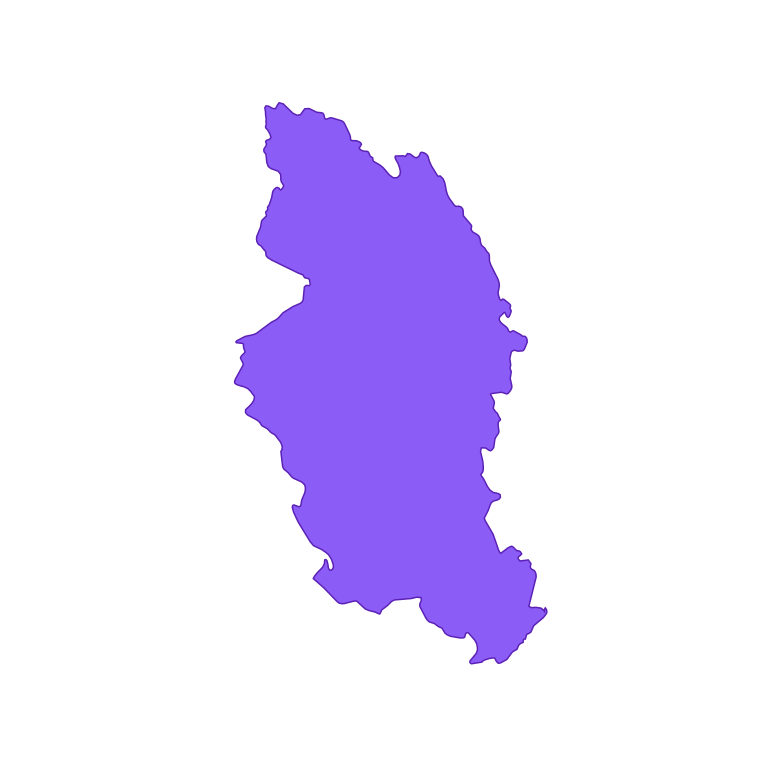 SVG path tracing the border of Kachin, rotated 332°
{"feature_id": "MMR-3296", "entity_name": "Kachin", "entity_type": "State", "adm_level": 1, "iso_a3": "MMR", "parent_name": "Myanmar", "parent_adm1": "", "projection": "robinson", "projection_center": [97.371, 26.091], "detail": "fine", "context": "isolated", "style": "filled", "palette": "violet", "viewbox_px": 768, "rotation_deg": 332, "n_neighbors": 0, "source": "natural_earth", "source_scale": "10m", "svg_char_len": 6157}
<svg xmlns="http://www.w3.org/2000/svg" viewBox="0 0 768 768"><g transform="rotate(332 384 384)"><path d="M383.9,164.3L386.2,163.5L388.1,162.3L388.6,161.4L388.3,157.2L388.8,155.2L390.6,151.7L391.1,149.9L390.4,146.4L385.3,140.7L383.9,137.6L384.5,133.4L387.6,125.9L387.1,122.5L388.1,120.3L391.9,118.1L392.8,116.9L393.4,114.2L394.9,113.7L396.8,114.1L398.9,114.0L400.1,112.7L400.6,110.2L400.6,105.6L399.8,102.2L400.3,101.1L402.0,99.3L402.6,98.2L402.9,96.9L404.3,94.9L405.9,90.5L407.0,88.4L408.5,84.1L410.4,83.0L412.6,84.6L415.0,88.4L417.5,90.0L420.3,88.0L423.4,86.4L426.5,89.3L430.7,102.2L433.4,105.9L436.7,107.0L443.2,103.8L447.2,105.6L452.2,112.5L455.7,114.8L457.2,116.2L457.3,118.2L456.4,121.7L457.0,123.0L461.3,123.7L463.1,124.7L470.4,132.0L471.3,134.0L471.4,136.3L470.9,147.4L470.4,149.9L469.2,152.6L469.9,154.0L473.6,156.1L475.4,157.9L476.6,160.0L476.6,161.8L472.7,164.2L473.3,166.4L475.1,168.6L478.7,171.0L479.1,172.2L478.8,176.3L479.3,177.4L480.2,178.8L479.2,181.7L479.5,182.8L483.1,188.6L484.8,192.6L487.0,202.2L489.0,206.3L492.6,208.0L496.3,206.8L498.3,203.9L499.3,200.1L499.9,196.0L499.8,191.5L500.1,189.2L501.1,188.1L507.9,191.4L509.7,193.1L512.9,191.6L515.1,193.2L517.3,198.0L518.8,199.5L521.5,199.4L524.7,197.1L526.0,197.0L528.0,198.8L529.4,201.3L529.7,203.8L528.6,208.8L528.3,213.8L529.0,224.7L529.3,226.0L530.7,226.4L531.4,226.9L532.5,230.8L532.1,234.9L529.6,243.1L528.9,246.7L528.8,250.7L529.9,258.7L530.8,260.9L533.5,262.1L535.1,263.8L535.7,266.3L535.1,268.5L534.0,270.6L533.1,272.9L535.7,284.8L535.3,286.1L533.8,287.9L533.4,289.2L533.8,291.6L536.3,295.6L537.2,297.9L537.1,300.4L535.5,305.0L535.3,307.5L536.8,311.5L536.9,314.6L537.8,318.4L537.0,320.7L534.9,324.8L534.2,329.0L533.8,345.0L533.4,347.4L532.8,349.6L531.8,351.7L527.6,356.9L526.7,359.5L526.0,364.0L526.6,365.2L528.7,364.7L529.7,365.8L532.3,371.8L532.7,373.8L532.1,374.9L530.7,376.3L530.7,378.9L530.1,379.9L526.3,383.2L524.8,383.4L524.1,381.9L524.3,377.5L523.6,377.3L517.7,379.1L516.3,380.4L515.8,382.3L516.0,384.4L516.7,386.5L518.7,390.9L519.2,393.1L519.0,395.9L519.8,397.5L520.8,397.6L522.1,397.4L523.3,397.8L527.8,404.5L528.8,406.9L530.6,407.9L531.1,408.6L531.4,410.2L531.2,411.8L530.6,413.3L529.9,414.5L524.4,419.1L522.8,419.8L521.7,419.7L517.7,417.9L515.3,415.7L514.0,415.1L512.1,415.2L510.9,416.1L507.1,420.5L504.8,426.8L502.6,429.2L502.3,432.1L502.0,433.1L498.0,438.4L496.1,445.4L495.1,447.2L493.6,448.5L491.4,449.7L489.0,450.6L487.6,450.3L484.5,447.0L483.0,446.1L474.3,442.9L473.2,443.1L473.2,450.6L472.6,452.5L469.0,456.8L469.5,460.8L470.3,463.1L470.1,467.8L470.3,469.5L469.9,470.4L468.0,470.8L466.5,472.0L465.1,474.7L463.2,479.9L462.0,481.2L457.7,483.5L456.0,484.8L451.2,491.4L449.0,492.7L446.8,493.0L445.7,492.0L443.7,488.2L439.9,486.1L437.5,489.0L434.9,498.8L432.5,504.3L430.8,507.1L429.1,508.5L427.2,509.2L426.8,510.3L427.4,514.7L427.2,523.1L427.7,527.2L429.4,530.9L433.3,534.2L434.6,536.1L433.7,538.6L432.0,539.6L429.6,539.6L425.4,538.7L423.0,539.2L420.8,540.8L416.7,544.5L409.5,549.6L409.2,552.3L409.8,567.8L407.2,584.5L407.1,587.3L407.8,588.3L416.4,586.9L418.9,586.9L420.5,587.2L421.3,588.1L422.9,593.3L424.9,594.8L425.6,596.0L425.8,598.7L424.1,599.3L422.0,599.6L420.3,600.9L421.0,604.1L428.8,607.1L429.4,611.6L427.4,614.0L427.0,615.3L427.4,616.8L428.9,618.9L429.3,620.2L429.0,623.1L427.7,625.9L407.5,648.3L409.2,650.7L413.4,652.6L417.4,655.6L418.4,657.8L418.9,660.1L420.2,658.0L421.3,657.4L421.6,659.5L420.7,661.8L420.0,662.7L418.1,663.7L414.9,665.1L402.7,667.7L397.3,672.0L394.8,672.3L392.7,672.0L391.8,672.7L389.1,675.6L388.2,675.1L387.2,675.2L386.2,676.3L385.5,677.5L382.8,677.2L380.3,677.8L376.8,680.7L372.2,680.8L371.1,681.1L363.1,684.9L356.2,685.0L354.1,684.4L353.4,683.4L353.0,681.4L353.1,678.2L352.1,677.2L348.4,675.9L343.4,674.9L341.7,674.9L339.8,675.5L329.9,672.1L329.3,671.1L329.2,669.8L330.1,668.8L338.9,665.2L341.4,663.0L342.7,660.7L343.9,656.9L343.9,653.0L342.0,644.5L341.4,643.1L340.7,642.5L339.8,642.5L338.7,643.0L336.2,645.5L335.1,645.5L331.9,643.9L324.1,637.8L321.9,634.9L320.9,632.6L320.6,626.8L318.2,623.8L316.0,619.1L312.5,615.6L311.5,613.3L311.1,610.5L311.2,597.6L311.6,596.4L312.4,595.0L315.5,592.4L316.4,590.0L312.8,587.6L307.3,586.2L291.9,579.6L288.7,579.5L283.2,581.2L276.5,582.3L275.4,582.7L272.9,584.9L271.8,584.8L269.0,581.1L264.7,577.3L261.8,573.8L258.0,562.9L255.6,561.6L245.8,559.2L243.9,558.4L241.5,556.4L240.4,553.9L235.0,535.2L230.2,522.6L232.5,521.0L236.2,519.4L243.9,516.9L247.0,514.7L248.9,511.7L249.4,511.4L250.4,511.9L250.7,513.3L249.7,517.2L248.6,520.3L248.5,521.7L248.8,522.8L249.3,523.4L251.2,523.5L253.1,522.2L254.3,520.0L255.2,515.0L255.3,512.7L254.9,508.7L253.5,505.2L251.3,500.9L245.9,493.7L244.8,488.6L243.4,465.6L244.0,454.8L245.1,449.9L246.2,448.5L247.1,448.3L247.8,448.6L251.0,452.2L251.9,452.6L252.9,452.5L253.7,452.0L256.7,448.0L262.9,442.9L264.9,440.5L266.1,438.1L266.6,435.7L265.4,432.0L259.8,424.7L258.9,422.7L257.7,417.1L255.7,412.4L255.6,410.9L255.9,408.9L261.2,395.3L263.1,393.9L264.8,391.5L265.4,387.2L263.9,377.8L261.5,374.0L260.1,369.1L258.5,366.3L257.0,364.3L256.5,363.0L256.3,359.9L255.8,358.0L254.7,355.8L249.1,347.5L248.4,345.0L248.4,343.9L249.8,341.7L255.6,340.1L258.4,339.0L261.1,337.5L262.9,335.6L263.7,333.9L262.8,327.8L261.6,324.1L258.8,320.4L256.7,318.6L253.5,315.1L252.7,313.3L253.2,311.7L255.1,309.9L268.7,301.0L269.3,299.4L269.4,293.9L270.1,293.0L271.4,292.2L275.8,290.9L276.7,289.7L276.8,287.5L277.2,285.8L278.6,282.6L278.1,281.7L273.0,278.2L273.0,277.3L274.5,276.7L283.8,276.8L291.4,279.0L295.1,279.4L313.5,276.6L319.1,276.6L321.7,276.1L328.3,273.7L339.9,272.9L348.0,273.5L349.4,273.3L350.7,272.8L352.0,271.9L359.2,261.0L361.2,260.4L362.5,260.9L364.2,262.1L365.6,261.5L367.2,256.6L366.6,255.3L364.0,253.1L363.7,251.9L363.7,249.7L360.2,245.6L343.1,222.0L340.6,217.7L340.2,215.3L341.6,211.7L341.4,209.9L341.0,208.8L340.2,204.2L339.0,202.4L338.6,201.1L338.6,198.6L339.5,196.1L340.9,194.0L348.6,187.6L352.2,182.9L353.5,182.0L359.1,180.4L359.4,180.0L360.0,177.1L360.7,176.4L362.8,175.7L363.4,175.0L364.2,173.2L366.9,171.8L372.2,166.8L375.3,162.9L376.5,161.6L378.4,160.6L380.5,160.1L382.1,160.3L383.3,161.9L383.4,163.5L383.9,164.3Z" fill="#8b5cf6" stroke="#5b21b6" stroke-width="1.5"/></g></svg>